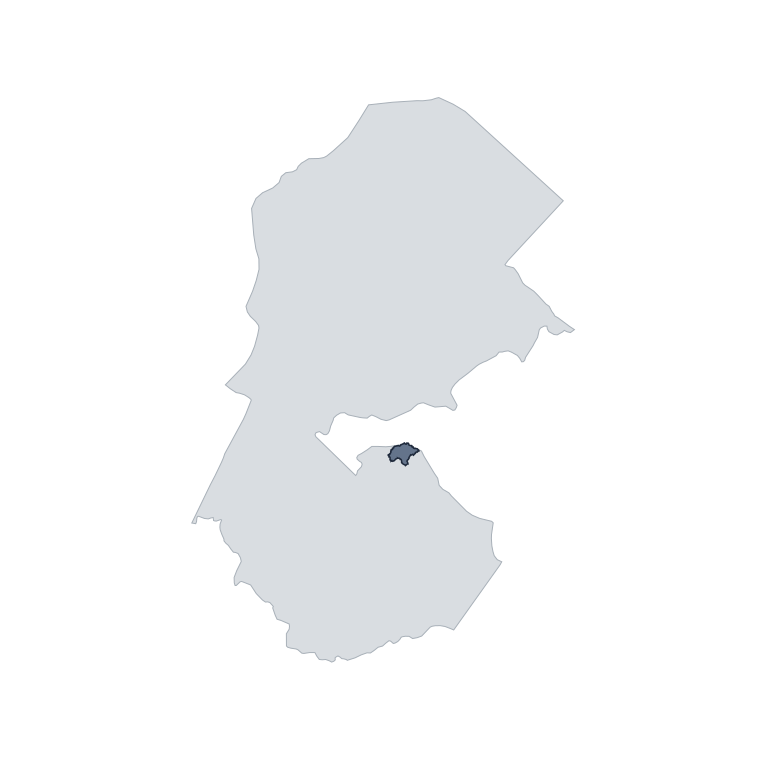 location of Chembe, Luapula, Zambia, rotated 134°
{"feature_id": "96606910B10415646720486", "entity_name": "Chembe", "entity_type": "district", "adm_level": 2, "iso_a3": "ZMB", "parent_name": "Zambia", "parent_adm1": "Luapula", "projection": "orthographic", "projection_center": [28.787, -11.746], "detail": "fine", "context": "in_parent", "style": "filled", "palette": "slate", "viewbox_px": 768, "rotation_deg": 134, "n_neighbors": 0, "source": "geoboundaries", "source_scale": "gbopen_adm2", "svg_char_len": 7865}
<svg xmlns="http://www.w3.org/2000/svg" viewBox="0 0 768 768"><g transform="rotate(134 384 384)"><path d="M494.8,497.5L466.0,497.5L455.5,499.8L446.8,503.3L436.6,508.9L430.6,512.8L429.0,514.9L428.2,519.7L428.2,527.1L427.1,532.3L424.0,537.2L408.5,543.0L398.3,547.8L388.4,553.5L380.9,560.9L375.8,570.0L367.3,581.2L349.7,601.2L339.4,605.0L330.7,604.2L320.3,600.2L312.0,599.4L305.9,602.1L300.2,601.4L294.9,597.2L290.5,595.7L287.0,596.9L282.5,596.8L274.2,594.6L267.0,587.5L263.1,584.7L260.1,583.6L251.5,582.5L231.9,581.2L211.7,585.1L193.9,589.0L175.3,573.5L157.3,557.1L153.4,552.9L146.7,547.4L141.8,544.8L139.9,543.5L134.7,528.6L131.6,514.9L127.7,382.3L208.9,380.6L214.1,379.9L214.3,378.5L210.4,371.5L210.6,369.0L211.5,364.1L214.9,354.5L215.0,351.2L213.2,340.8L213.3,335.0L214.0,323.1L213.4,319.1L215.2,313.8L215.8,310.2L216.5,308.7L215.5,304.7L213.7,290.7L212.6,284.8L217.5,285.6L219.2,288.5L220.2,291.6L222.4,291.7L228.3,293.5L230.3,296.1L231.8,301.7L231.0,304.6L229.2,307.0L231.1,309.0L235.0,310.3L237.3,309.9L243.8,305.9L249.8,304.4L252.9,303.4L266.5,300.7L269.1,299.3L271.0,299.2L272.4,300.3L271.2,304.3L270.8,307.9L272.6,314.6L273.9,317.7L276.7,319.9L278.8,321.1L281.1,323.4L285.8,323.0L296.2,326.3L299.4,327.8L303.8,329.3L306.9,329.9L317.6,331.0L328.9,332.8L334.7,332.9L338.9,332.4L341.8,331.4L343.5,330.3L344.4,329.4L348.5,316.7L350.7,315.6L353.5,315.0L355.1,316.1L357.0,324.1L365.2,331.3L368.0,337.4L370.1,342.6L371.9,344.0L375.0,345.8L379.9,346.4L384.3,346.6L406.3,355.4L408.8,357.0L411.5,361.7L413.1,367.1L414.8,371.3L417.7,372.1L420.2,372.4L422.7,375.3L424.6,377.8L431.1,388.3L432.0,392.4L435.1,395.2L439.4,396.4L443.3,396.6L445.6,395.3L451.2,393.2L455.6,390.7L458.7,389.9L460.6,390.4L462.1,392.1L463.0,397.3L466.1,399.1L468.4,398.4L469.3,396.4L469.3,395.3L469.5,340.8L467.5,341.1L464.9,342.7L459.1,342.8L456.9,344.0L456.1,345.7L456.6,348.0L456.7,351.1L455.8,352.5L453.3,353.1L449.6,351.9L442.9,350.3L437.4,349.4L433.4,345.3L427.9,339.1L424.4,336.0L415.8,329.6L414.4,328.3L411.8,325.2L409.5,320.1L407.4,314.2L406.2,310.5L408.3,304.7L413.3,285.7L414.5,279.9L418.6,273.9L418.9,268.5L417.2,261.7L417.7,257.9L418.2,236.2L417.1,229.4L414.2,221.8L408.0,211.2L408.0,209.0L417.6,202.1L420.5,199.5L425.5,194.0L428.8,189.3L431.0,185.4L431.7,180.5L430.1,175.8L433.4,174.9L512.5,163.0L513.7,166.2L516.0,171.6L518.7,175.6L522.1,179.1L525.0,181.2L526.9,181.9L539.1,181.8L543.4,183.9L547.2,186.6L548.1,190.7L550.6,193.4L553.3,195.4L554.5,195.7L556.5,195.2L559.7,195.2L562.7,196.1L564.2,197.1L564.3,200.5L565.2,202.1L569.3,202.7L573.5,203.0L577.5,205.4L581.8,205.9L586.9,206.9L589.2,209.5L594.6,212.2L601.1,214.6L608.3,218.5L608.4,219.7L609.6,222.0L610.9,223.6L611.0,226.0L611.6,228.2L613.4,228.8L614.9,229.0L616.4,227.4L618.3,227.5L620.4,228.5L621.1,231.1L622.7,234.6L625.3,236.9L627.1,239.2L626.4,243.4L625.2,247.1L628.8,250.9L633.5,254.5L634.7,256.1L635.0,261.4L635.7,263.2L638.8,267.6L640.3,270.5L640.2,272.2L631.5,280.7L626.2,281.9L623.9,283.7L622.5,285.5L625.8,294.2L627.5,297.5L625.9,301.6L622.4,308.5L620.9,309.1L620.5,314.3L621.5,316.3L623.2,317.8L623.8,321.4L623.5,330.3L621.2,340.3L624.9,349.2L626.2,350.1L631.5,350.3L632.4,351.1L631.1,353.5L627.3,357.4L620.5,360.3L610.8,363.4L608.7,366.6L607.3,371.2L608.4,373.9L609.6,375.5L609.1,379.5L608.2,383.8L608.4,387.1L608.0,390.1L606.7,391.5L604.9,396.0L602.7,400.5L601.1,402.5L598.6,404.6L594.7,406.3L594.8,407.2L599.1,409.4L600.2,410.8L600.6,411.8L598.7,414.1L600.7,415.5L603.1,416.7L605.4,419.7L607.9,425.4L608.4,425.9L609.2,426.0L610.6,425.4L613.3,423.2L615.3,422.4L617.5,425.7L576.9,439.0L567.4,441.8L553.2,446.5L548.5,448.3L544.8,450.1L507.1,460.6L501.2,462.7L487.9,468.2L487.5,469.1L487.6,471.6L488.7,476.9L491.0,481.6L492.9,484.4L494.2,491.4L494.8,497.5Z" fill="#d9dde1" stroke="#a8b0b8" stroke-width="1"/><path d="M427.8,312.0L427.6,312.0L427.4,312.0L427.0,311.8L426.9,311.9L426.6,311.9L426.2,311.7L425.6,311.7L425.1,311.5L424.8,311.2L424.0,312.5L423.6,313.9L423.4,314.0L423.2,314.0L422.5,314.3L422.2,314.2L422.0,314.3L421.8,314.2L421.6,314.1L421.4,314.0L421.2,314.1L421.0,314.3L420.9,314.3L420.6,314.4L420.4,314.3L420.0,314.4L419.8,314.6L419.7,314.8L419.6,315.0L419.4,315.1L419.1,315.0L418.9,315.1L418.7,315.1L418.4,315.1L418.2,315.2L417.9,315.3L417.7,315.4L417.4,315.4L417.1,315.4L417.0,315.5L416.5,315.7L416.4,315.7L416.4,315.1L416.2,315.0L415.9,314.9L415.7,314.9L415.4,314.8L415.1,314.6L414.9,314.5L414.7,314.5L414.7,314.3L414.7,314.1L414.7,313.8L414.8,313.6L414.8,313.3L414.6,313.3L414.4,313.3L414.2,313.4L413.8,313.4L413.7,313.4L413.7,313.5L413.5,313.4L413.3,313.5L413.2,313.4L412.9,313.3L412.6,313.4L412.3,313.3L412.2,313.4L412.0,313.5L412.0,313.4L411.9,313.4L411.9,313.5L411.7,313.5L411.2,313.6L410.9,313.6L410.8,313.4L410.6,313.4L410.4,313.4L410.2,313.3L410.0,313.1L409.9,313.0L409.9,312.9L409.8,312.7L409.7,312.7L409.5,312.8L409.3,312.8L409.2,312.9L408.9,312.9L408.9,313.0L408.7,313.0L408.6,312.9L408.6,313.0L408.4,312.9L408.2,312.9L408.1,312.6L407.9,312.7L407.7,312.6L407.6,312.9L407.5,313.3L407.5,313.8L407.5,314.3L407.5,314.6L407.5,315.1L407.6,315.3L408.1,315.9L408.3,316.5L408.5,316.7L408.8,316.8L409.0,316.9L409.2,317.2L409.5,317.7L409.6,318.0L409.6,318.4L409.5,318.5L409.2,318.7L409.1,318.9L409.0,319.3L409.1,319.5L409.7,319.8L409.8,319.9L409.8,320.1L409.7,320.5L409.0,321.1L409.0,321.3L409.3,321.4L409.4,321.5L410.1,322.5L410.6,323.6L410.5,323.9L410.2,324.2L410.0,324.3L409.9,324.8L409.8,325.0L409.7,325.3L409.7,325.5L409.9,325.7L410.2,325.9L410.5,326.5L411.0,326.2L411.4,326.0L411.7,326.1L411.8,326.3L411.9,326.5L412.2,326.7L412.3,326.8L412.3,327.1L412.2,327.3L412.2,327.9L412.2,328.3L412.3,328.5L412.6,328.5L412.7,328.3L412.8,328.3L413.0,328.2L413.6,328.5L414.0,328.9L414.6,329.0L414.8,329.2L415.3,329.2L415.6,329.4L415.8,329.7L416.0,329.7L416.3,329.6L416.6,329.5L417.0,329.5L417.4,329.5L417.7,329.6L417.9,330.0L418.1,330.1L418.2,330.7L418.5,331.1L419.2,331.5L419.6,331.6L419.7,331.8L419.8,332.0L420.7,332.3L420.8,332.5L421.0,332.7L421.1,332.8L421.3,333.0L422.1,333.2L422.3,333.2L422.6,333.0L422.9,333.0L423.1,332.9L423.2,332.7L423.7,332.8L423.8,332.9L423.9,333.1L424.2,333.3L424.3,333.3L424.6,332.9L424.6,332.7L424.8,332.6L425.0,332.5L425.1,332.8L425.4,332.9L425.8,332.7L425.9,332.8L426.1,332.8L426.2,332.7L426.4,332.7L426.5,333.1L426.8,333.1L426.9,332.8L427.0,332.6L427.3,332.4L427.6,332.3L427.8,332.3L427.9,332.0L428.1,332.0L428.3,331.8L428.4,331.7L428.5,331.5L428.7,331.4L429.2,331.4L429.3,331.4L429.8,331.2L430.1,331.4L430.3,331.3L430.3,331.1L430.5,331.0L430.8,331.0L431.0,331.2L431.2,331.5L431.4,331.6L431.7,331.7L431.8,331.7L431.7,331.4L431.8,331.2L432.0,331.3L432.0,331.2L432.3,331.1L432.5,331.1L432.5,330.9L432.4,330.9L432.4,330.7L432.5,330.7L432.5,330.4L432.4,330.3L432.5,330.2L432.4,330.2L432.5,330.0L432.6,329.9L432.8,329.7L432.7,329.5L432.6,329.3L432.5,329.2L432.6,328.9L432.7,328.7L432.9,328.5L432.9,328.4L432.9,328.2L433.6,327.7L433.8,327.5L433.9,327.4L434.0,327.4L434.1,327.2L434.3,327.0L434.2,326.9L434.3,326.8L434.3,326.7L434.4,326.4L434.4,326.2L434.2,326.0L434.3,326.0L434.3,325.9L434.3,325.7L434.5,325.5L434.4,325.5L434.4,325.2L434.2,325.0L434.2,324.9L434.0,324.7L433.9,324.6L433.7,324.5L433.5,324.4L433.5,324.2L433.4,324.2L433.2,324.0L433.1,323.9L432.9,323.9L432.9,323.7L432.6,323.6L432.4,323.5L432.3,323.4L432.2,323.4L431.7,323.3L431.2,323.3L430.9,323.4L430.3,323.5L430.1,323.5L430.0,323.4L429.7,323.4L429.5,323.2L429.1,323.2L428.7,323.0L428.6,322.9L428.4,322.9L428.1,322.8L428.0,322.7L427.9,322.8L427.9,322.7L427.7,322.6L427.6,322.2L427.3,322.1L426.8,321.5L426.7,321.3L426.7,321.2L426.8,321.1L426.7,320.6L426.8,320.4L426.7,320.4L426.6,320.2L426.6,319.8L426.5,319.7L426.5,319.4L426.5,319.2L426.5,318.9L426.7,318.7L426.8,318.6L427.0,318.3L427.0,318.1L427.2,317.7L427.7,317.4L428.0,316.9L428.3,316.8L428.4,316.6L428.3,316.2L428.2,316.1L428.4,315.6L428.3,314.8L428.3,314.6L427.8,313.0L427.6,312.5L427.8,312.0Z" fill="#64748b" stroke="#1e293b" stroke-width="1.5"/></g></svg>